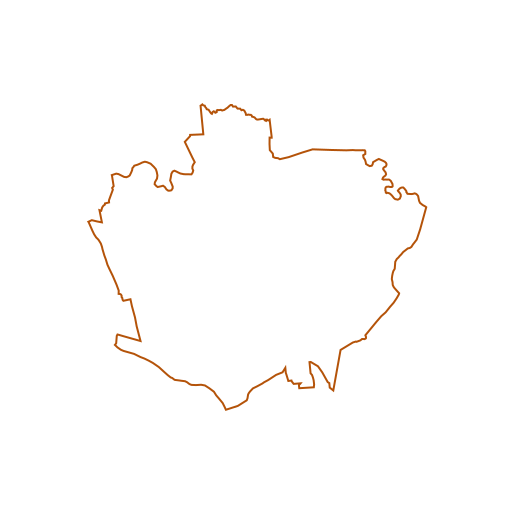 the district of Barsa, Arad, Romania, rotated 324°
{"feature_id": "2599482B4911950613954", "entity_name": "Barsa", "entity_type": "district", "adm_level": 2, "iso_a3": "ROU", "parent_name": "Romania", "parent_adm1": "Arad", "projection": "albers", "projection_center": [22.056, 46.377], "detail": "fine", "context": "isolated", "style": "outline", "palette": "amber", "viewbox_px": 512, "rotation_deg": 324, "n_neighbors": 0, "source": "geoboundaries", "source_scale": "gbopen_adm2", "svg_char_len": 5374}
<svg xmlns="http://www.w3.org/2000/svg" viewBox="0 0 512 512"><g transform="rotate(324 256 256)"><path d="M422.4,316.6L422.2,315.7L420.8,312.7L419.9,309.4L420.4,307.1L422.4,302.8L422.3,300.8L422.0,299.8L421.2,298.6L420.7,298.4L420.3,298.3L419.8,298.1L418.9,297.7L418.1,297.2L416.4,295.8L415.8,295.3L415.1,294.7L415.2,293.6L415.2,292.6L415.7,292.1L415.8,291.1L415.7,289.8L415.7,288.9L415.5,287.6L415.3,287.0L414.5,286.5L413.7,286.1L412.5,285.9L411.7,285.9L410.7,286.1L409.2,286.5L409.1,287.3L409.3,288.7L409.3,290.3L409.1,291.5L408.2,292.8L407.2,293.4L406.1,294.1L405.6,294.0L405.1,294.0L404.0,293.8L403.5,293.5L403.1,292.9L402.1,291.9L401.7,290.6L401.6,289.6L401.6,288.6L401.5,286.9L401.3,285.7L401.0,284.3L400.5,283.3L400.2,283.0L399.5,282.1L398.5,281.8L398.3,281.0L399.0,279.8L399.1,279.0L399.7,278.4L400.3,277.5L401.2,276.8L402.2,276.7L403.3,277.4L404.2,277.9L404.6,278.5L405.3,279.2L406.1,279.8L407.0,280.1L407.5,279.9L408.2,278.9L408.8,277.8L409.0,275.9L409.2,274.5L408.7,272.6L408.1,272.0L406.9,271.2L405.4,270.0L404.0,269.2L403.5,268.1L404.7,267.3L405.8,267.0L408.0,267.0L409.3,266.3L410.0,264.5L409.9,262.4L409.9,260.6L410.5,259.8L412.4,259.5L413.3,259.9L414.6,259.4L415.6,258.4L415.9,257.1L415.6,255.4L414.5,253.3L412.4,249.7L410.2,249.3L407.9,249.1L405.9,248.9L404.2,250.4L402.7,251.0L400.8,250.1L399.9,248.2L399.1,246.3L400.1,244.1L400.7,242.3L400.8,239.6L401.9,237.5L404.4,237.7L406.0,235.5L406.1,234.4L404.7,233.3L398.6,228.9L396.6,227.2L391.2,223.6L379.0,214.3L364.5,203.0L354.3,199.5L340.5,195.2L332.2,191.7L331.3,189.8L329.2,187.9L328.1,186.0L329.8,183.0L329.4,178.5L332.8,173.3L336.6,168.2L338.2,169.5L338.7,168.8L347.1,153.8L345.9,153.8L345.2,153.1L345.2,152.2L344.4,151.6L343.5,152.5L343.0,151.7L342.8,150.0L342.5,149.2L341.2,148.5L339.8,147.8L338.4,147.1L337.5,146.6L336.8,145.9L336.5,145.1L336.4,144.0L336.3,143.1L335.7,142.1L334.7,140.9L335.1,139.8L334.8,138.8L333.8,138.0L333.0,137.1L331.9,136.7L330.9,135.9L331.6,134.4L332.0,131.5L331.8,131.1L331.6,130.6L331.3,130.0L329.9,129.5L329.8,127.5L327.7,125.9L327.5,123.1L325.2,121.6L325.3,119.7L324.2,118.9L322.2,119.0L320.0,119.3L319.1,119.2L318.1,119.2L316.2,119.2L314.8,118.6L314.1,118.4L313.5,117.1L312.6,116.7L311.5,116.0L310.8,115.3L309.9,115.1L309.4,115.5L309.0,116.4L308.1,116.4L307.3,116.2L307.2,115.0L306.9,114.1L305.6,114.0L304.5,114.8L303.9,115.1L303.5,114.2L303.5,112.3L303.6,109.8L302.4,108.3L302.7,107.2L302.5,105.9L302.9,104.3L301.9,103.2L301.7,101.8L300.5,101.9L299.5,101.8L292.2,114.2L284.9,126.6L273.9,119.3L273.1,120.3L265.5,121.8L262.4,138.9L261.6,144.1L258.8,145.2L257.2,146.2L255.9,147.9L255.5,149.9L253.7,151.3L251.8,152.0L245.8,147.5L243.3,144.8L242.2,142.8L241.3,141.0L240.1,139.0L238.2,138.7L235.9,139.7L233.8,141.8L230.9,144.5L230.3,147.4L229.4,150.9L228.3,152.3L226.2,153.1L224.7,152.5L223.4,151.6L222.7,149.5L222.8,146.6L222.1,144.5L220.2,143.8L217.0,142.4L216.5,140.9L216.2,138.3L217.6,136.9L221.4,135.2L223.6,132.9L225.1,129.7L226.0,126.9L225.8,124.0L225.0,119.4L223.0,116.1L221.5,114.4L218.9,113.5L216.4,113.1L213.8,112.5L210.6,111.4L209.3,111.9L207.6,112.3L206.3,113.7L204.2,115.0L201.2,116.6L199.6,116.6L197.5,116.1L195.8,114.5L194.6,112.2L192.9,108.9L191.3,107.2L186.9,105.8L186.6,106.6L185.1,109.5L181.9,115.8L179.6,116.4L179.2,118.2L174.1,121.6L169.8,124.5L168.9,125.8L168.6,126.3L164.7,124.7L163.9,125.6L162.1,125.6L160.1,126.3L157.4,128.4L156.3,126.9L151.1,138.2L147.8,134.7L144.2,130.5L140.5,129.8L140.5,130.3L138.5,139.4L137.8,143.3L137.6,147.1L138.0,149.4L138.1,150.6L137.8,154.7L136.8,158.0L135.8,160.3L133.6,166.5L132.5,170.5L130.7,175.7L129.8,180.2L128.4,188.0L126.3,197.3L124.6,203.3L122.6,205.9L123.5,206.7L123.9,207.2L124.1,207.9L124.0,209.0L123.1,210.3L123.2,211.2L122.8,212.0L122.3,213.3L122.4,214.3L129.0,217.2L126.2,223.5L122.0,234.6L118.1,242.8L112.6,256.9L101.1,242.3L100.1,241.0L98.8,239.3L97.8,238.1L96.4,238.8L91.6,244.4L90.4,244.8L89.6,245.0L89.9,246.7L90.2,248.5L90.9,250.5L91.6,252.5L93.1,255.0L99.8,263.5L103.1,269.8L105.4,273.3L107.7,277.6L109.7,281.9L112.1,288.7L113.6,296.0L114.6,300.6L115.6,304.1L116.5,305.4L117.0,307.1L117.3,308.2L117.8,308.8L119.2,310.1L121.1,311.9L122.1,312.9L125.0,315.6L126.0,317.5L126.9,320.5L128.0,322.3L131.5,325.1L135.9,327.9L138.6,330.7L140.5,335.6L142.2,341.1L141.9,345.3L142.1,347.8L142.2,348.7L142.6,355.4L142.0,359.1L141.3,362.7L153.2,366.6L163.7,367.3L165.5,366.1L168.2,363.4L169.6,362.7L171.5,362.1L175.7,361.3L180.3,362.1L186.3,362.9L188.3,362.9L192.7,363.5L194.4,363.6L202.4,364.0L209.1,365.7L214.0,363.7L211.4,368.1L210.9,369.8L208.7,376.1L211.5,377.6L211.2,378.5L211.3,381.6L217.2,385.2L216.5,385.4L215.1,385.5L214.5,386.2L213.3,388.4L225.6,396.2L227.5,394.1L229.6,390.4L230.6,387.9L231.4,385.2L231.2,383.0L236.9,373.3L238.0,373.9L241.3,381.6L241.2,389.1L239.9,400.2L240.6,401.9L238.3,405.8L239.5,410.2L269.2,381.7L283.5,382.9L286.5,383.9L286.9,384.5L290.8,385.6L293.0,385.5L294.1,386.3L295.0,387.1L296.5,387.2L297.4,386.2L297.9,384.4L314.8,380.0L322.1,378.3L327.7,377.8L334.6,375.9L339.9,374.7L345.1,372.8L348.9,371.1L349.9,370.3L349.6,367.6L349.2,363.5L349.2,361.8L349.6,359.8L351.1,357.4L352.3,354.5L354.5,352.1L356.7,350.1L358.3,348.9L360.7,347.9L363.1,345.1L365.3,342.5L368.1,341.2L370.5,340.9L372.3,340.4L374.4,340.1L377.4,339.3L380.7,339.2L383.3,339.1L385.1,339.9L387.0,340.0L389.8,338.9L391.6,338.4L395.7,337.2L404.5,330.9L422.4,316.6Z" fill="none" stroke="#b45309" stroke-width="2"/></g></svg>